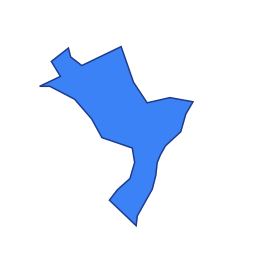 SVG path tracing the border of Garkalnes, rotated 251°
{"feature_id": "LVA-5760", "entity_name": "Garkalnes", "entity_type": "Municipality", "adm_level": 1, "iso_a3": "LVA", "parent_name": "Latvia", "parent_adm1": "", "projection": "orthographic", "projection_center": [24.371, 57.025], "detail": "fine", "context": "isolated", "style": "filled", "palette": "blue", "viewbox_px": 256, "rotation_deg": 251, "n_neighbors": 0, "source": "natural_earth", "source_scale": "10m", "svg_char_len": 510}
<svg xmlns="http://www.w3.org/2000/svg" viewBox="0 0 256 256"><g transform="rotate(251 128 128)"><path d="M107.3,176.7L99.0,157.7L92.1,149.9L85.7,144.3L74.2,138.9L62.2,131.0L41.9,108.2L33.0,103.9L65.8,86.9L73.0,97.8L79.6,113.4L93.3,123.1L107.7,125.5L127.4,100.2L148.4,96.6L172.6,86.9L192.9,67.6L196.2,58.0L198.8,80.9L215.9,77.2L223.0,97.7L213.9,96.9L202.1,104.6L207.2,148.0L169.3,148.1L145.6,154.3L143.1,177.5L131.6,198.0L122.4,187.2L107.3,176.7Z" fill="#3b82f6" stroke="#1e3a8a" stroke-width="1.5"/></g></svg>